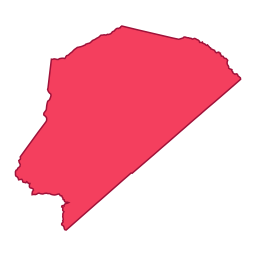 Eldorado do Carajás, Pará, Brazil (orthographic projection)
{"feature_id": "56859067B11338403057806", "entity_name": "Eldorado do Carajás", "entity_type": "district", "adm_level": 2, "iso_a3": "BRA", "parent_name": "Brazil", "parent_adm1": "Pará", "projection": "orthographic", "projection_center": [-49.273, -6.12], "detail": "fine", "context": "isolated", "style": "filled", "palette": "rose", "viewbox_px": 256, "rotation_deg": 0, "n_neighbors": 0, "source": "geoboundaries", "source_scale": "gbopen_adm2", "svg_char_len": 3151}
<svg xmlns="http://www.w3.org/2000/svg" viewBox="0 0 256 256"><path d="M66.2,230.0L97.1,202.8L100.6,199.8L122.3,180.7L131.1,173.0L132.2,173.2L154.6,153.9L159.4,149.7L161.9,147.5L166.2,143.8L194.2,119.4L200.9,113.7L202.0,112.7L207.4,108.0L211.8,104.3L215.2,101.4L227.0,91.2L236.3,83.1L240.6,79.3L240.4,77.9L238.8,76.5L238.0,75.9L237.7,74.9L236.9,73.9L235.8,73.9L235.0,74.3L233.6,73.4L232.7,72.5L232.6,71.5L231.7,70.7L231.9,69.6L231.1,69.3L229.6,68.8L228.7,68.2L228.7,66.8L228.3,65.8L227.6,64.9L227.2,63.8L227.1,62.5L227.3,61.4L227.7,60.3L226.1,58.5L225.1,58.4L223.9,57.8L223.5,57.0L222.9,56.2L221.4,56.2L221.0,55.0L220.3,54.1L220.4,53.2L219.3,52.9L218.8,52.1L217.4,52.4L216.4,52.8L215.6,52.2L214.9,51.3L214.6,50.4L213.6,50.0L211.7,49.1L210.9,48.9L210.6,47.9L209.7,47.5L209.0,46.6L208.2,45.8L207.5,44.9L206.6,45.4L205.7,44.9L205.0,44.1L202.7,43.1L202.4,42.1L201.5,42.6L200.7,42.4L199.6,42.4L199.4,41.2L197.8,39.8L196.9,39.6L196.2,39.1L195.3,38.6L194.3,38.4L193.5,38.8L192.4,39.1L191.6,38.6L190.8,38.2L189.8,38.4L188.9,37.8L187.3,37.7L185.9,37.3L185.0,37.0L183.9,37.1L183.3,37.8L182.3,38.2L181.3,38.5L178.8,39.3L172.6,38.0L137.9,29.9L135.8,29.4L121.8,26.0L120.7,26.8L120.4,27.7L119.4,27.9L118.4,28.5L117.3,28.3L116.4,28.7L115.2,29.7L114.4,30.9L113.3,31.3L112.2,32.0L111.6,32.9L110.6,33.8L109.5,34.2L108.3,34.5L107.4,34.3L106.4,34.9L105.3,35.0L104.2,34.8L102.6,35.1L100.9,35.2L99.8,36.2L98.9,37.1L97.7,37.8L96.6,38.3L95.2,39.3L94.3,39.7L93.4,40.1L92.3,40.6L91.7,41.4L89.5,43.2L88.2,43.4L87.0,43.8L85.6,44.3L84.9,45.2L83.8,45.5L82.6,46.1L81.4,46.5L80.4,46.8L79.3,47.0L78.3,47.3L77.3,47.4L76.6,48.0L75.0,49.1L74.1,49.8L71.7,52.3L70.5,53.1L69.4,54.1L68.7,54.8L67.9,55.3L66.6,55.7L65.9,56.6L65.5,57.6L64.8,58.5L63.2,58.2L62.1,58.2L60.2,58.5L59.3,58.7L58.5,59.4L57.0,59.5L56.1,59.2L54.5,58.9L53.5,59.0L52.3,59.4L51.4,59.2L48.0,88.0L47.6,89.5L48.1,90.8L48.5,91.7L49.6,93.1L50.8,94.1L51.0,95.7L50.5,97.4L49.6,99.7L47.7,101.3L47.1,103.5L46.7,105.7L46.3,109.6L45.6,110.8L44.0,112.9L43.7,114.2L44.0,115.2L45.6,116.4L46.6,117.9L46.7,119.6L46.4,121.1L45.8,122.0L38.0,132.4L20.2,156.9L20.5,158.0L20.3,159.3L18.8,160.5L19.2,162.4L20.3,164.5L19.9,166.5L17.7,168.3L17.3,169.6L16.0,170.3L15.4,171.8L15.5,175.1L16.0,176.2L17.3,176.9L18.2,178.3L18.6,179.8L20.3,179.5L21.8,179.3L22.5,180.4L22.8,181.9L23.6,182.3L24.6,182.4L25.9,182.8L26.7,181.7L27.7,182.5L28.3,183.4L29.9,183.5L29.4,185.0L29.4,186.8L30.3,187.9L31.5,188.1L33.0,188.8L33.5,190.1L32.5,191.4L32.1,193.3L32.1,194.7L34.0,194.4L35.1,194.6L36.4,194.3L38.1,193.3L39.2,193.2L40.5,193.7L41.8,193.9L42.9,194.0L44.2,193.5L46.4,193.2L47.9,193.6L49.8,193.6L51.2,194.4L52.9,194.8L54.8,195.0L56.2,194.7L57.1,194.4L58.2,194.1L59.3,194.1L60.3,195.7L61.7,195.8L62.1,196.9L62.8,197.9L63.1,199.5L64.2,199.8L64.3,200.8L64.8,201.7L65.9,202.3L67.4,202.2L68.6,202.6L67.4,203.2L65.8,203.5L64.7,204.2L64.2,205.1L64.0,206.0L63.1,205.5L62.0,205.8L61.7,206.9L62.9,207.6L62.7,209.2L62.8,210.5L63.9,211.7L63.3,212.8L62.8,214.0L62.9,215.3L62.7,216.4L63.0,218.1L63.3,219.3L62.7,220.7L63.1,221.9L61.7,223.6L61.7,224.8L62.7,225.4L63.6,226.3L64.1,227.5L64.3,228.8L65.0,229.8L66.2,230.0Z" fill="#f43f5e" stroke="#9f1239" stroke-width="1.5"/></svg>